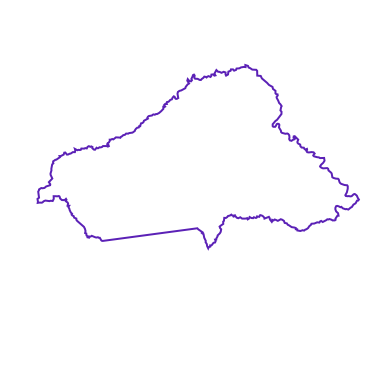 Canguçu, Rio Grande do Sul, Brazil (Albers equal-area conic projection), rotated 54°
{"feature_id": "56859067B84046168462742", "entity_name": "Canguçu", "entity_type": "district", "adm_level": 2, "iso_a3": "BRA", "parent_name": "Brazil", "parent_adm1": "Rio Grande do Sul", "projection": "albers", "projection_center": [-52.66, -31.277], "detail": "fine", "context": "isolated", "style": "outline", "palette": "violet", "viewbox_px": 384, "rotation_deg": 54, "n_neighbors": 0, "source": "geoboundaries", "source_scale": "gbopen_adm2", "svg_char_len": 5948}
<svg xmlns="http://www.w3.org/2000/svg" viewBox="0 0 384 384"><g transform="rotate(54 192 192)"><path d="M245.8,71.4L245.5,68.7L244.6,66.4L242.1,65.1L239.8,68.5L238.6,69.0L237.4,70.3L234.9,72.3L233.8,72.5L233.3,71.6L233.0,70.2L231.4,70.3L230.0,71.8L228.7,74.2L227.5,75.4L226.0,75.3L225.6,74.1L224.7,73.7L224.3,75.4L223.2,75.7L221.9,75.5L220.4,77.2L218.8,77.4L217.2,76.6L215.3,77.6L214.2,77.7L213.4,77.3L212.1,75.3L207.2,76.1L206.8,77.0L207.6,77.8L209.1,76.7L209.6,78.0L209.1,79.7L209.1,81.4L207.7,82.5L206.2,82.2L205.2,81.1L203.3,80.0L201.6,80.0L200.7,80.5L199.8,82.2L197.1,84.4L196.0,84.7L194.5,84.0L190.9,83.7L189.1,81.9L187.9,81.8L187.1,82.6L186.9,83.6L187.8,85.2L188.1,86.5L187.0,87.9L186.1,88.0L184.6,86.9L183.6,82.8L183.6,80.7L181.5,73.8L179.7,72.4L178.0,72.5L175.7,70.0L175.2,69.0L172.8,68.9L171.3,69.2L168.5,68.5L165.9,68.2L164.9,67.8L164.3,65.9L163.3,65.4L162.4,66.3L161.3,66.5L159.2,65.0L156.2,65.9L154.3,65.1L150.6,66.8L147.8,67.1L141.2,68.7L138.5,68.2L136.2,70.8L132.3,68.1L130.9,68.2L128.4,71.3L126.1,72.1L124.6,73.0L122.9,72.6L120.7,74.2L122.4,75.3L121.3,76.5L120.6,77.9L120.0,79.1L119.8,81.0L118.3,83.4L119.1,84.6L118.6,86.6L117.0,86.7L115.7,88.4L116.6,89.6L116.0,91.8L118.1,93.8L117.9,96.0L116.7,95.8L115.0,94.6L113.4,95.7L112.9,98.1L111.0,99.1L110.1,100.2L107.7,100.6L109.2,103.8L110.1,104.4L111.4,104.5L111.0,105.5L109.3,105.7L108.4,107.3L109.5,108.3L109.8,109.4L108.0,110.5L107.7,111.8L107.9,112.9L107.0,113.2L105.9,114.2L106.3,115.7L106.3,117.7L106.6,119.0L105.7,120.0L103.8,120.9L102.2,122.9L101.0,123.0L99.3,121.4L98.2,121.4L98.0,122.4L99.0,123.9L100.2,126.1L101.5,126.3L101.9,127.7L100.6,128.9L98.2,129.1L99.2,130.4L102.5,130.6L102.4,132.3L103.2,135.2L104.1,136.4L103.5,141.0L102.8,142.7L102.8,144.6L104.0,146.0L107.9,147.9L107.7,149.6L107.2,150.3L106.4,150.5L104.7,150.1L103.9,150.5L104.2,152.1L105.2,153.8L104.7,155.5L105.0,156.5L105.2,158.0L104.5,159.3L104.9,160.2L106.0,160.6L105.0,162.2L105.3,163.5L107.1,163.5L107.0,164.5L106.3,165.2L107.9,166.3L108.5,169.5L108.7,172.2L108.4,174.5L107.8,175.2L107.6,176.7L106.7,177.4L106.4,178.4L106.6,179.4L105.2,182.2L105.2,183.4L105.8,184.6L106.7,184.6L106.1,189.0L106.9,190.1L107.1,191.6L106.5,192.8L107.3,194.1L108.3,195.2L107.7,196.0L108.5,197.1L107.8,198.5L107.9,200.1L108.3,201.4L109.0,202.4L109.0,205.2L107.4,208.2L107.3,209.3L106.0,211.0L106.3,212.7L105.6,214.2L105.8,215.9L105.6,217.1L106.0,218.1L105.3,218.7L103.1,221.4L103.2,224.7L102.2,225.4L102.1,226.5L101.3,227.8L102.2,228.3L103.1,230.2L102.9,231.4L103.4,232.4L104.6,231.9L106.0,232.3L105.8,233.4L104.7,234.0L102.5,237.0L102.7,238.2L102.3,239.6L101.4,240.6L101.5,242.0L101.0,242.8L100.1,243.2L100.8,245.6L100.1,246.4L98.0,246.9L97.1,246.1L95.9,246.7L95.7,247.7L94.3,248.5L94.1,249.9L94.9,251.5L93.7,252.6L93.6,253.6L91.8,256.0L92.5,257.2L92.1,258.1L91.3,258.8L90.8,260.2L88.3,261.4L89.7,261.9L90.9,263.3L89.7,265.0L89.6,267.6L89.1,268.5L88.8,270.3L88.2,271.2L85.6,271.3L85.1,272.2L86.3,273.8L85.8,277.1L85.1,278.0L86.2,278.3L86.1,282.7L85.6,283.7L85.7,284.8L85.5,286.0L86.1,286.9L87.3,287.3L87.5,288.9L90.6,292.2L91.9,293.0L93.9,295.6L95.0,296.3L99.0,297.1L99.9,302.0L102.4,302.1L103.1,302.8L101.8,306.7L102.0,308.9L101.2,310.6L100.2,311.6L100.0,314.2L100.7,314.9L101.3,316.2L106.7,319.1L106.8,321.1L109.1,322.2L110.1,323.2L110.8,321.8L112.4,319.7L112.5,318.6L112.3,317.5L112.7,315.7L115.6,312.7L116.0,311.5L117.4,310.0L116.3,307.9L114.1,306.4L116.6,303.0L117.0,302.1L117.8,301.8L119.8,302.5L122.0,302.0L123.2,300.5L123.7,299.1L123.5,298.0L124.5,298.1L125.3,299.5L127.4,298.8L128.5,299.0L129.9,300.7L130.9,299.5L131.4,300.8L133.6,301.1L134.7,301.6L137.4,302.1L139.1,301.8L139.6,302.7L140.7,302.6L141.9,301.9L143.5,302.4L145.5,301.2L146.5,301.9L147.9,301.9L156.7,299.9L159.0,300.3L161.0,301.1L162.4,302.6L163.4,301.9L165.2,302.9L166.1,302.6L167.2,303.2L168.3,302.2L167.4,301.5L168.5,300.3L168.5,298.9L171.9,296.8L172.8,295.9L173.3,294.7L174.3,294.3L174.9,293.5L177.5,293.8L178.3,293.7L179.1,293.0L224.5,209.0L225.8,208.9L230.9,207.1L231.0,208.1L231.9,207.9L232.8,207.4L236.2,209.0L239.7,209.6L240.6,210.5L242.7,210.6L244.8,211.6L247.1,212.0L246.4,210.9L246.9,209.4L245.9,208.7L246.6,207.7L246.4,206.4L245.9,205.3L245.9,203.9L246.4,203.0L245.6,201.7L244.1,201.3L244.7,200.3L243.9,199.6L242.9,197.4L242.2,196.8L241.8,193.8L241.1,192.2L239.3,190.3L237.9,190.5L236.2,190.0L236.1,188.5L236.2,185.5L234.3,184.2L234.1,183.1L231.9,181.1L232.9,179.9L233.0,178.3L232.6,177.1L233.4,174.9L233.4,173.5L235.1,173.1L235.9,171.4L236.5,172.2L236.9,171.1L239.1,170.9L240.4,170.0L240.8,167.8L243.0,167.1L245.3,163.8L245.5,162.8L246.9,163.0L247.0,161.6L246.1,160.1L247.9,159.3L249.1,157.9L248.8,156.8L250.6,155.5L250.7,154.5L250.0,153.7L251.6,152.2L250.8,150.4L252.0,149.4L253.4,148.8L255.2,148.6L256.1,149.0L257.3,144.4L258.6,144.5L260.2,145.1L263.1,145.0L262.7,144.1L261.8,143.4L263.0,142.7L262.8,141.4L263.6,140.7L265.8,139.5L266.2,136.2L267.5,135.3L269.4,134.6L271.5,135.2L273.1,133.7L274.8,133.8L275.5,133.3L279.0,132.0L281.1,129.9L282.2,129.2L283.1,129.9L284.0,128.8L285.0,129.4L287.2,127.3L288.0,124.9L289.1,124.0L289.0,122.5L289.4,121.3L289.4,119.3L288.6,117.2L288.5,115.2L287.9,114.0L289.4,111.6L290.1,108.6L291.6,106.9L291.1,105.8L291.3,104.5L293.1,103.9L293.7,99.9L293.6,98.6L294.4,97.8L294.7,96.7L296.3,95.5L297.7,94.9L298.9,93.2L298.9,92.2L297.9,91.6L296.7,88.4L297.3,87.4L295.0,86.3L292.4,86.8L290.3,86.2L289.1,85.3L288.2,83.8L288.5,82.8L289.7,81.8L291.5,80.9L291.8,79.9L293.8,79.6L296.1,78.0L296.6,77.0L298.1,75.8L297.9,72.8L298.1,71.5L297.1,68.8L297.3,66.3L296.0,63.6L296.6,62.5L296.2,61.4L294.6,61.4L291.8,60.8L289.7,61.3L289.0,61.9L288.9,63.0L289.2,65.3L288.6,66.5L287.5,67.5L286.8,68.7L285.6,69.9L284.7,69.8L283.3,66.9L280.9,64.1L278.9,62.6L277.8,62.5L276.0,64.5L273.1,66.5L271.8,66.9L270.6,66.8L268.1,65.9L267.1,66.1L265.8,67.7L263.9,69.2L262.6,69.8L259.1,68.1L258.1,68.1L254.8,68.9L253.2,68.2L252.1,68.6L250.1,71.8L249.4,72.5L247.5,73.4L246.5,73.3L245.8,71.4Z" fill="none" stroke="#5b21b6" stroke-width="2"/></g></svg>